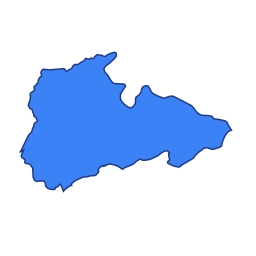 map outline of Bong (Mercator projection), rotated 189°
{"feature_id": "LBR-784", "entity_name": "Bong", "entity_type": "County", "adm_level": 1, "iso_a3": "LBR", "parent_name": "Liberia", "parent_adm1": "", "projection": "mercator", "projection_center": [-9.669, 6.93], "detail": "fine", "context": "isolated", "style": "filled", "palette": "blue", "viewbox_px": 256, "rotation_deg": 189, "n_neighbors": 0, "source": "natural_earth", "source_scale": "10m", "svg_char_len": 4368}
<svg xmlns="http://www.w3.org/2000/svg" viewBox="0 0 256 256"><g transform="rotate(189 128 128)"><path d="M174.7,62.6L174.8,62.6L176.0,62.0L180.3,57.9L181.9,55.4L184.8,60.4L186.4,61.9L188.6,58.6L189.5,58.4L190.2,57.9L190.5,56.3L191.1,55.8L192.5,55.5L194.9,55.4L197.0,55.7L198.1,56.1L199.3,56.9L200.3,58.1L201.3,61.1L202.2,62.1L204.5,62.4L209.5,61.1L211.8,61.4L213.9,64.4L215.9,73.6L219.5,77.0L220.4,77.1L223.7,77.0L224.5,77.6L224.6,80.2L225.7,81.1L228.6,82.6L229.1,84.5L227.7,89.6L229.4,88.1L230.6,87.7L230.0,89.1L225.2,105.1L222.6,108.8L222.3,111.0L222.2,112.5L221.6,114.3L221.4,115.6L221.3,117.6L221.0,118.2L218.6,120.7L218.6,121.3L219.5,122.3L220.3,123.5L220.9,123.9L222.2,124.6L222.7,125.2L223.1,126.0L223.4,127.2L223.9,127.9L224.4,128.5L224.8,129.1L225.3,130.7L225.6,131.3L226.3,131.5L226.8,131.6L227.4,131.7L227.7,131.8L228.1,132.0L228.8,133.3L230.0,134.6L230.0,135.7L229.2,139.9L229.1,141.5L229.2,142.9L229.9,145.9L229.8,147.0L229.3,147.7L228.3,148.6L227.8,149.1L227.2,149.6L226.6,150.2L226.1,150.9L226.2,151.7L226.7,152.2L227.1,153.2L227.2,154.0L226.9,154.6L225.8,155.6L225.5,156.2L225.2,157.0L224.8,157.7L223.8,159.1L223.8,159.8L224.1,160.7L223.6,162.9L223.2,163.8L222.7,164.6L221.6,165.9L221.6,166.7L222.6,168.5L222.7,169.5L221.9,171.9L221.2,172.6L220.5,172.9L219.1,172.8L217.5,173.0L215.1,173.0L201.1,176.5L199.4,176.3L199.2,175.5L198.8,174.9L197.8,174.4L197.1,174.7L196.7,175.2L195.8,176.0L193.5,177.6L192.9,178.3L192.5,179.2L192.3,180.0L192.0,180.8L191.4,181.6L190.4,182.5L189.4,182.7L188.1,182.6L187.4,182.9L184.5,185.7L182.3,187.2L181.6,188.4L180.6,190.2L179.9,190.2L179.2,190.0L177.9,189.8L177.0,190.1L176.3,190.5L175.7,191.2L174.9,191.3L174.2,191.1L173.2,191.1L172.7,191.4L172.4,192.0L172.2,192.8L171.3,194.2L170.4,195.1L169.9,195.5L169.2,195.7L167.8,195.6L167.2,195.6L165.9,195.7L165.2,195.7L163.5,195.1L162.3,195.0L161.6,195.3L158.9,197.7L155.0,200.0L153.2,200.6L152.0,200.6L151.6,200.0L151.2,199.5L151.0,198.9L150.9,198.4L150.9,197.9L150.9,197.3L151.1,196.7L151.3,196.1L152.7,193.8L156.4,189.1L158.5,187.1L160.3,184.9L160.6,184.4L160.7,183.9L160.9,183.3L160.9,182.8L160.8,182.2L160.6,181.4L160.0,180.4L159.3,179.5L155.8,176.5L152.0,171.8L151.3,171.2L150.5,170.6L149.1,169.9L148.2,169.8L147.5,169.8L147.0,169.9L139.7,170.7L138.6,170.7L138.1,170.4L137.6,170.0L136.9,169.0L139.9,162.5L140.6,160.3L140.6,159.4L140.6,158.4L140.3,156.9L140.0,155.9L139.7,155.1L139.3,154.4L138.8,153.8L137.8,152.7L135.8,151.2L133.4,149.7L132.2,149.1L131.0,148.7L129.6,148.4L129.0,148.3L128.4,148.4L127.9,148.6L127.3,149.0L126.3,150.1L125.6,151.1L125.2,151.7L125.0,152.3L124.8,153.0L124.7,153.7L124.7,155.0L125.1,158.4L125.1,159.0L124.9,159.6L124.5,160.2L122.4,162.2L122.0,162.7L121.5,163.8L121.0,165.0L120.8,166.1L120.5,168.3L120.2,170.0L119.9,170.6L119.4,171.2L118.6,171.8L116.9,172.6L115.9,172.7L115.1,172.7L114.6,172.4L114.1,172.0L113.1,170.8L110.5,167.3L110.0,166.9L109.0,166.1L108.4,165.8L105.1,164.7L98.9,163.2L97.6,163.1L97.0,163.2L95.4,163.9L92.1,165.7L90.1,166.3L88.9,166.4L87.7,166.3L69.6,160.3L68.4,159.6L67.1,158.7L65.9,157.7L63.4,155.1L62.7,154.6L61.7,153.9L59.7,152.8L58.5,152.4L57.6,152.2L55.3,152.3L52.2,152.7L47.3,152.8L44.9,150.8L43.4,150.3L42.7,150.4L41.5,150.6L40.1,150.7L33.8,150.3L32.0,149.7L30.5,148.5L30.0,147.3L25.4,141.9L25.6,141.8L27.6,141.0L28.6,139.9L30.9,135.8L32.2,131.1L32.6,128.6L32.8,125.3L32.9,124.8L33.2,124.3L34.1,123.6L35.5,122.7L40.4,120.4L41.5,120.1L42.1,120.1L45.8,120.8L46.9,120.8L48.0,120.6L49.2,120.3L50.3,119.4L54.9,114.6L57.2,111.5L58.6,108.8L59.3,107.8L69.0,100.0L70.2,98.4L70.6,97.9L72.2,97.3L76.0,97.5L81.1,98.7L83.2,99.6L83.4,99.8L83.5,100.2L83.5,100.6L83.3,101.4L82.9,101.9L82.3,102.5L81.9,103.0L81.8,103.6L82.1,104.0L82.5,104.5L82.8,105.1L83.2,106.6L83.4,107.2L83.8,108.6L83.9,109.0L83.7,109.3L83.4,109.6L83.2,109.9L83.2,110.3L83.6,110.5L84.0,110.7L85.6,111.5L87.9,111.1L90.4,109.2L94.9,104.7L100.4,101.0L103.5,99.6L107.0,98.6L107.8,98.5L108.8,98.5L109.7,98.7L110.4,99.1L111.2,99.3L111.9,98.7L112.6,97.9L113.5,97.5L114.2,96.9L117.0,93.4L119.4,91.6L124.9,88.4L127.0,86.4L131.3,88.4L133.4,89.0L138.7,89.7L139.7,89.7L141.0,89.3L142.3,88.8L144.8,87.0L146.0,86.4L146.0,87.3L148.1,86.2L150.0,84.2L150.9,82.0L150.1,80.3L151.0,78.4L152.1,76.8L153.6,75.7L157.6,74.9L160.5,73.5L163.7,72.8L166.1,71.7L171.7,67.9L175.2,64.1L175.0,63.6L175.0,63.1L174.7,62.6L174.7,62.6Z" fill="#3b82f6" stroke="#1e3a8a" stroke-width="1.5"/></g></svg>